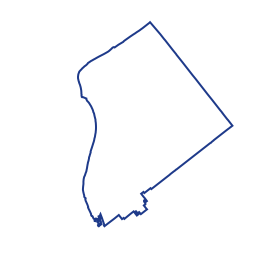 outline of San Ignacio Río Muerto, Sonora, Mexico, rotated 52°
{"feature_id": "50627088B1433623777217", "entity_name": "San Ignacio Río Muerto", "entity_type": "district", "adm_level": 2, "iso_a3": "MEX", "parent_name": "Mexico", "parent_adm1": "Sonora", "projection": "equal_earth", "projection_center": [-110.31, 27.326], "detail": "fine", "context": "isolated", "style": "outline", "palette": "blue", "viewbox_px": 256, "rotation_deg": 52, "n_neighbors": 0, "source": "geoboundaries", "source_scale": "gbopen_adm2", "svg_char_len": 5490}
<svg xmlns="http://www.w3.org/2000/svg" viewBox="0 0 256 256"><g transform="rotate(52 128 128)"><path d="M189.5,44.3L189.2,44.3L188.5,44.3L188.2,44.3L187.5,44.3L183.2,44.3L182.2,44.4L175.2,44.4L174.9,44.3L174.7,44.4L174.1,44.4L173.2,44.3L170.5,44.4L164.0,44.4L157.4,44.4L150.8,44.5L144.1,44.5L137.5,44.5L132.5,44.5L130.7,44.5L126.5,44.6L123.8,44.6L122.6,44.6L114.4,44.6L109.9,44.6L100.1,44.7L99.4,44.6L94.0,44.7L89.8,44.7L85.9,44.7L84.9,44.7L83.1,44.7L81.6,44.7L80.0,44.8L75.3,44.8L74.2,44.8L58.2,45.5L58.3,46.2L58.3,47.1L58.3,48.1L58.3,49.5L58.3,50.5L58.3,52.4L58.3,55.2L58.2,57.1L58.2,58.1L58.1,60.0L58.0,60.8L57.9,61.8L57.8,63.6L57.8,64.1L57.6,65.9L57.4,68.7L57.3,70.2L57.0,76.7L57.0,77.8L57.1,78.2L57.2,78.7L56.5,84.2L56.3,88.9L55.9,89.0L55.3,89.8L55.3,90.1L55.3,90.3L55.2,90.9L55.4,92.2L55.5,93.7L55.6,95.3L55.6,96.5L55.4,98.0L55.0,100.7L54.8,101.9L53.9,106.6L53.5,109.0L53.1,111.8L52.9,112.8L52.7,114.4L52.4,116.1L52.4,117.0L52.3,117.6L52.3,118.5L52.2,118.8L52.2,119.7L52.5,120.4L52.7,122.2L52.7,123.3L52.6,124.3L52.8,125.9L52.8,126.6L52.9,127.6L53.2,129.0L53.2,129.6L53.3,130.0L53.4,130.5L53.5,131.2L53.7,131.9L54.1,132.4L54.4,133.0L55.2,134.2L56.0,135.0L56.9,135.9L58.3,136.9L59.6,137.5L60.6,138.0L61.4,138.2L61.9,138.5L62.3,138.6L63.0,138.9L64.2,139.2L65.0,139.5L65.7,139.8L66.7,140.2L67.5,140.6L69.2,141.5L69.9,141.9L70.6,142.4L70.8,142.5L71.2,142.8L71.5,143.0L71.9,143.3L72.1,143.5L72.3,143.6L72.6,143.8L72.8,143.9L73.0,144.0L73.3,144.1L73.6,144.5L74.1,144.8L75.1,145.3L75.4,145.2L75.4,144.8L79.1,142.7L79.3,143.0L79.9,143.2L80.6,143.3L81.4,143.5L82.2,143.4L83.3,143.3L84.6,143.3L86.1,143.5L88.1,143.7L88.6,143.8L89.8,144.1L91.6,144.5L93.1,145.0L94.1,145.5L95.6,145.8L97.4,146.7L98.9,147.4L100.1,147.9L101.4,148.5L102.5,149.3L103.6,149.9L104.4,150.4L106.0,151.5L107.1,152.3L108.4,153.3L109.3,154.1L109.7,154.4L110.0,154.7L110.6,155.3L111.7,156.3L113.0,157.8L114.6,159.5L115.6,160.9L116.7,162.1L117.7,163.4L118.5,164.6L119.4,165.9L120.5,167.5L121.8,169.4L122.1,169.9L122.7,170.8L123.5,171.9L123.8,172.2L124.0,172.3L124.3,172.5L124.6,173.0L125.1,173.7L125.4,174.1L125.5,174.3L125.7,174.6L126.0,175.0L126.5,175.6L126.8,176.2L127.4,177.0L128.0,177.5L128.5,178.1L129.5,179.3L130.2,180.3L130.6,180.9L130.9,181.2L131.3,181.6L131.6,182.0L131.8,182.2L132.0,182.5L132.3,182.8L132.7,183.2L133.1,183.7L133.4,184.0L133.9,184.5L134.4,185.1L134.8,185.5L135.1,185.9L135.6,186.5L136.5,187.5L137.5,189.2L138.8,191.1L139.3,192.1L139.6,192.7L140.4,193.7L140.9,194.3L141.6,195.0L142.9,196.2L144.6,197.5L145.6,198.5L146.4,199.3L147.8,200.6L149.1,201.7L149.8,202.0L150.5,202.4L151.1,202.7L151.8,203.0L152.8,203.5L153.9,203.9L154.7,204.4L155.1,204.7L155.6,204.9L155.9,204.9L156.3,204.9L156.5,204.8L156.7,204.7L157.1,204.6L157.5,204.8L157.6,205.0L157.7,205.3L157.8,205.4L158.0,205.6L158.4,205.7L158.7,205.9L159.3,206.2L160.0,206.3L160.7,206.5L161.8,206.8L162.3,206.9L163.1,207.1L163.7,207.3L164.4,207.5L165.1,207.8L165.8,208.0L166.1,208.5L167.3,208.7L168.1,209.0L168.8,209.0L169.4,209.2L169.8,209.3L170.2,209.3L170.8,209.5L171.2,209.6L171.6,209.7L172.1,209.8L172.4,209.9L172.9,210.0L173.2,210.2L173.5,210.4L174.1,210.7L174.3,210.8L174.7,210.8L174.9,210.8L175.0,210.6L175.3,210.4L175.8,210.3L176.1,210.4L176.3,210.5L176.6,210.5L176.9,210.6L177.3,210.7L177.7,210.8L178.1,210.9L178.4,210.8L179.0,210.4L179.3,210.6L179.5,210.7L179.7,210.8L179.8,211.0L180.0,211.1L180.1,210.9L180.2,211.0L180.3,211.1L180.6,210.9L180.7,211.0L180.8,211.0L181.0,211.3L181.1,211.2L181.3,211.1L181.3,210.9L180.9,210.2L180.7,209.9L180.3,209.8L180.0,209.8L179.9,209.9L179.6,209.0L181.2,207.8L181.7,208.2L182.5,208.9L183.2,209.8L183.2,210.0L185.1,210.0L185.5,210.1L185.9,210.5L185.9,210.8L185.9,211.1L186.0,211.5L186.5,211.7L187.2,211.7L187.3,211.7L187.5,211.4L187.4,211.0L186.8,210.6L186.8,209.4L187.4,209.4L187.4,208.1L187.2,208.1L185.8,208.1L185.8,207.8L185.6,207.3L185.6,207.2L185.3,207.1L183.8,206.8L183.6,207.7L182.7,207.2L182.5,206.3L182.7,204.5L182.6,204.4L181.9,204.1L181.9,204.3L181.4,206.3L179.5,205.6L179.8,204.4L179.8,204.2L179.6,203.6L179.4,203.4L179.3,203.2L179.1,203.1L178.9,202.7L182.8,203.9L186.8,205.3L190.2,206.5L190.2,207.0L190.9,207.0L190.9,205.2L190.9,202.2L191.0,194.5L190.9,188.8L192.9,188.8L196.1,188.8L196.2,186.8L197.4,186.8L197.2,179.0L197.2,178.2L197.2,176.5L197.2,174.9L198.5,174.9L198.5,174.5L198.5,173.0L199.8,172.9L199.8,174.5L199.8,174.9L201.2,174.9L202.2,174.9L202.4,174.9L202.4,173.4L202.4,172.9L202.2,172.9L201.1,172.9L201.1,171.0L203.8,170.9L203.8,163.1L202.5,163.2L201.1,163.2L198.8,163.2L198.8,162.9L198.7,162.6L198.8,162.3L198.9,161.5L198.7,161.0L197.9,160.8L195.9,160.6L195.3,160.3L195.0,159.9L195.0,159.3L195.1,159.0L197.2,158.9L197.2,158.1L193.8,158.0L192.4,158.1L190.5,158.1L190.4,158.1L189.7,158.1L187.9,158.1L187.9,157.1L187.9,155.2L189.3,155.2L189.3,154.9L189.3,147.5L189.3,147.3L190.5,147.2L190.5,141.3L190.5,139.4L190.5,139.2L190.5,137.7L190.5,136.1L190.5,135.3L190.5,135.2L190.5,134.0L190.5,133.4L190.5,131.5L190.5,131.4L190.5,130.8L190.5,129.4L190.5,127.5L190.5,125.1L190.5,123.6L190.4,123.3L190.4,122.1L190.4,120.2L190.4,118.6L190.5,117.4L190.4,116.5L190.4,115.6L190.5,115.5L190.5,111.6L190.5,107.7L190.5,105.6L190.5,103.7L190.5,101.7L190.5,99.7L190.5,97.8L190.5,95.7L190.5,93.8L190.5,91.9L190.5,91.6L190.5,91.4L190.5,89.8L190.5,87.8L190.5,83.9L190.5,81.9L190.5,80.0L190.5,78.0L190.5,75.8L190.5,72.6L190.7,71.9L190.5,70.6L190.5,68.1L190.4,68.0L190.4,60.3L190.4,60.1L190.4,52.2L190.5,44.3L190.4,44.3L189.6,44.3L189.5,44.3Z" fill="none" stroke="#1e3a8a" stroke-width="2"/></g></svg>